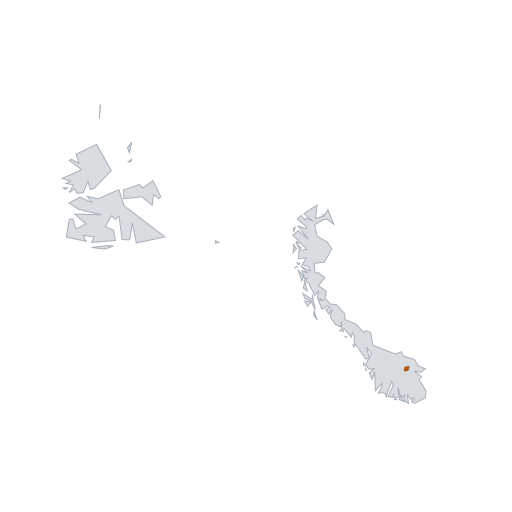 location of Gran nor, Oppland, Norway, rotated 291°
{"feature_id": "86288312B61542642146209", "entity_name": "Gran nor", "entity_type": "district", "adm_level": 2, "iso_a3": "NOR", "parent_name": "Norway", "parent_adm1": "Oppland", "projection": "mercator", "projection_center": [10.546, 60.438], "detail": "fine", "context": "in_parent", "style": "filled", "palette": "amber", "viewbox_px": 512, "rotation_deg": 291, "n_neighbors": 0, "source": "geoboundaries", "source_scale": "gbopen_adm2", "svg_char_len": 4725}
<svg xmlns="http://www.w3.org/2000/svg" viewBox="0 0 512 512"><g transform="rotate(291 256 256)"><path d="M270.0,313.0L261.3,317.2L262.7,320.0L260.5,328.0L250.6,324.8L248.4,334.2L241.7,335.3L237.8,342.5L239.4,348.2L234.0,359.4L228.5,361.9L228.1,373.8L223.2,383.8L225.7,385.4L225.6,390.4L214.5,397.1L214.4,421.2L218.7,425.8L215.2,430.0L216.3,440.8L211.6,446.8L211.4,454.5L206.6,451.6L205.2,444.8L202.7,453.6L199.1,452.4L190.9,463.3L184.0,464.7L175.2,456.8L175.8,453.5L178.7,455.1L180.2,453.7L177.4,452.5L180.5,447.2L173.0,451.1L174.0,446.2L179.4,444.2L176.5,443.7L178.9,439.3L184.0,436.0L179.0,437.9L173.1,446.3L173.4,441.0L176.3,440.6L173.0,436.8L176.0,433.9L172.9,434.5L172.2,429.6L184.2,430.6L187.5,427.5L172.8,427.8L174.2,424.1L171.8,419.2L178.2,420.4L182.4,419.3L173.0,415.7L190.4,408.4L182.4,408.6L187.4,403.7L193.6,406.9L190.8,402.8L193.3,397.1L206.2,398.9L210.3,391.7L202.0,398.2L199.1,395.7L210.5,378.4L216.5,376.6L218.9,373.3L214.3,374.1L219.6,364.4L218.1,362.4L225.5,359.5L220.1,360.5L220.6,354.4L225.9,347.2L233.6,346.0L227.9,344.9L230.9,340.3L234.7,343.7L235.2,341.1L230.0,336.6L237.1,330.0L238.9,335.5L238.3,328.6L246.2,326.8L240.1,325.1L249.4,314.9L250.4,309.7L253.9,312.3L252.5,309.4L258.8,304.0L258.5,310.5L262.5,301.6L261.3,311.9L265.0,308.9L264.3,302.2L272.3,303.5L268.6,296.6L276.5,294.2L280.4,301.0L288.7,282.9L294.7,286.3L290.4,298.8L299.0,284.6L299.5,293.5L301.8,291.8L305.4,281.4L310.1,283.5L307.2,288.8L309.4,289.0L308.9,296.4L312.7,285.5L325.3,294.7L312.4,298.2L317.8,305.1L325.0,306.6L313.5,317.2L315.7,309.7L314.5,306.3L306.3,299.6L296.4,306.0L294.5,317.7L289.8,324.2L274.8,322.1L270.0,313.0ZM238.5,62.3L247.9,70.7L246.9,84.2L251.2,77.1L252.8,88.1L268.8,104.2L255.6,115.0L241.2,164.0L225.2,139.6L242.4,128.8L225.8,132.3L223.4,125.1L244.0,113.9L239.7,111.3L241.7,106.6L229.3,104.8L229.0,113.9L220.2,119.1L209.7,97.8L215.8,97.8L213.3,87.2L208.8,92.3L205.7,72.0L223.4,68.6L224.8,71.9L216.7,78.3L225.0,85.7L230.2,71.8L239.1,97.1L236.0,73.7L238.5,62.3ZM259.1,47.3L274.1,62.3L278.4,47.5L280.2,49.2L279.0,57.5L286.6,51.7L303.1,67.1L283.9,90.3L261.4,80.8L258.7,77.5L265.3,72.4L253.1,72.0L250.3,66.3L253.9,62.7L248.4,59.0L256.8,60.0L255.8,52.5L259.2,56.1L259.1,47.3ZM270.1,108.6L281.0,121.6L279.0,126.1L289.5,132.7L277.2,145.9L274.9,144.8L276.5,138.3L266.1,140.9L270.4,128.1L262.0,112.1L270.1,108.6ZM235.6,324.7L240.3,322.2L226.8,330.6L233.6,323.8L234.0,316.8L237.8,313.0L235.6,324.7ZM243.0,311.5L249.3,311.0L241.8,316.4L243.0,311.5ZM249.2,307.5L258.3,300.4L253.5,307.9L249.2,307.5ZM205.0,99.3L212.4,113.3L214.2,119.2L208.3,112.5L205.0,99.3ZM231.4,317.5L232.5,323.8L227.5,322.2L231.4,317.5ZM280.9,286.3L277.3,291.2L272.4,289.2L278.1,288.2L280.9,286.3ZM281.5,289.9L279.9,295.5L277.8,294.0L281.5,289.9ZM221.1,331.1L226.0,329.7L220.7,333.7L221.1,331.1ZM340.6,57.1L328.3,60.3L341.0,56.5L340.6,57.1ZM310.8,97.3L317.8,99.2L307.1,100.9L310.8,97.3ZM292.0,282.4L295.7,281.1L296.9,282.3L292.0,282.4ZM284.0,288.4L283.2,291.5L282.2,288.9L284.0,288.4ZM264.5,296.7L264.4,299.7L263.0,298.6L264.5,296.7ZM255.8,212.8L255.3,216.4L253.5,213.5L255.8,212.8ZM301.9,105.5L298.7,104.9L298.4,102.9L301.9,105.5ZM207.7,378.3L208.6,380.3L206.0,379.8L207.7,378.3ZM258.3,296.1L260.1,297.2L261.2,298.9L258.3,296.1ZM250.6,51.5L251.9,55.5L249.8,54.0L250.6,51.5ZM194.5,395.7L191.6,395.9L194.7,394.8L194.5,395.7ZM190.3,398.8L189.2,400.3L188.7,399.5L190.3,398.8ZM219.9,334.3L218.3,336.4L220.1,332.8L219.9,334.3ZM172.5,437.4L172.2,439.7L171.9,436.7L172.5,437.4ZM216.9,362.8L216.2,361.1L217.1,361.2L216.9,362.8ZM318.6,302.3L318.2,304.7L318.1,304.3L318.6,302.3ZM217.7,364.3L216.0,364.7L218.1,363.9L217.7,364.3ZM212.7,368.1L212.9,369.6L212.1,369.1L212.7,368.1ZM171.7,427.6L171.0,429.1L171.2,427.9L171.7,427.6Z" fill="#d9dde1" stroke="#a8b0b8" stroke-width="1"/><path d="M205.9,435.9L205.7,435.9L205.7,436.0L205.4,436.0L205.4,435.9L205.4,436.0L205.4,435.9L205.2,435.9L205.3,435.8L205.3,435.7L205.2,435.6L205.0,435.4L205.0,435.5L204.9,435.5L204.9,435.4L204.7,435.3L204.3,435.4L204.2,435.5L203.9,435.6L203.7,435.7L203.6,435.8L203.4,435.8L203.2,435.7L202.9,435.6L202.6,435.5L202.4,435.7L202.6,435.8L202.6,436.0L202.7,436.3L202.7,436.5L202.7,436.8L202.8,436.9L202.8,437.0L202.8,437.3L203.2,437.4L203.3,437.4L203.6,437.7L203.8,437.6L204.0,437.6L203.9,437.8L203.9,438.0L203.9,438.3L204.0,438.3L204.3,438.3L204.4,438.2L204.5,438.2L204.8,438.2L205.0,438.2L205.1,438.3L205.2,438.2L205.2,438.3L205.3,438.3L205.3,438.2L205.3,438.3L205.4,438.2L205.5,438.2L205.8,438.1L206.2,438.3L206.3,438.3L206.8,438.3L206.8,438.2L206.9,438.3L207.0,438.1L207.2,437.9L207.1,437.7L207.0,437.4L206.5,437.0L206.4,437.0L206.2,437.0L205.9,436.9L205.7,436.9L205.7,436.7L205.9,436.7L205.8,436.2L205.9,435.9L205.9,435.9Z" fill="#f59e0b" stroke="#b45309" stroke-width="1.5"/></g></svg>